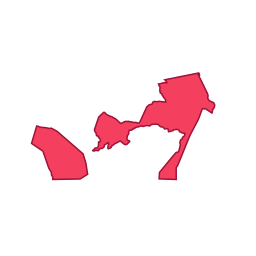 Constancia del Rosario, Oaxaca, Mexico, rotated 311°
{"feature_id": "50627088B39624413829730", "entity_name": "Constancia del Rosario", "entity_type": "district", "adm_level": 2, "iso_a3": "MEX", "parent_name": "Mexico", "parent_adm1": "Oaxaca", "projection": "robinson", "projection_center": [-98.006, 17.064], "detail": "fine", "context": "isolated", "style": "filled", "palette": "rose", "viewbox_px": 256, "rotation_deg": 311, "n_neighbors": 0, "source": "geoboundaries", "source_scale": "gbopen_adm2", "svg_char_len": 5855}
<svg xmlns="http://www.w3.org/2000/svg" viewBox="0 0 256 256"><g transform="rotate(311 128 128)"><path d="M110.0,184.9L120.8,198.2L127.7,192.1L129.8,190.4L131.8,190.2L138.8,187.9L160.7,180.4L163.1,179.6L180.6,175.5L191.3,171.5L192.6,173.1L193.4,174.0L194.3,181.5L194.8,181.5L195.2,181.1L195.7,180.9L196.3,180.6L197.0,180.0L197.5,179.8L198.3,179.9L199.3,179.8L200.4,179.5L201.1,179.0L202.0,178.6L202.6,177.8L203.1,176.6L203.2,175.8L203.0,174.9L202.8,174.2L202.5,173.6L202.2,172.5L202.0,170.9L202.2,170.2L202.6,169.0L203.2,168.3L203.8,167.9L204.6,167.5L205.0,167.1L206.1,165.5L206.1,165.4L206.1,165.2L206.3,165.0L206.5,164.7L207.1,163.1L207.2,162.9L208.4,160.0L209.8,157.0L210.0,156.4L210.1,156.1L211.1,153.8L212.7,149.9L214.0,146.8L214.3,146.0L214.6,146.2L214.4,147.9L215.9,145.8L215.6,145.3L216.2,145.5L216.1,145.4L188.5,124.1L188.4,125.4L188.3,126.8L187.7,127.3L187.3,127.6L187.0,126.9L186.1,125.6L184.4,124.4L182.6,123.3L181.2,122.1L180.0,124.5L180.0,125.3L176.8,127.6L176.6,128.8L175.6,129.2L175.8,130.3L175.9,131.1L175.4,131.9L175.1,132.6L174.9,133.5L174.7,134.2L174.4,135.0L174.4,135.5L174.5,136.3L174.1,137.1L173.7,137.7L173.7,138.2L172.7,139.1L172.3,139.5L171.6,138.5L170.7,137.1L170.1,136.3L169.4,135.2L168.5,133.9L167.2,132.9L166.4,132.2L165.8,130.9L165.2,130.3L164.0,129.8L162.9,130.0L162.0,130.5L159.2,128.7L156.3,128.3L140.8,132.9L140.6,133.0L138.7,132.9L138.4,132.7L138.2,132.3L138.0,131.9L137.9,131.6L137.9,131.2L137.7,130.8L137.5,130.4L137.3,130.1L136.8,129.7L136.5,129.4L136.2,129.0L135.9,128.5L135.6,127.9L135.2,127.4L135.0,126.8L134.8,126.6L134.6,126.1L134.2,125.7L134.1,125.3L133.8,124.9L133.1,123.6L132.7,123.4L132.2,122.9L131.9,122.4L131.6,122.1L131.3,121.7L130.8,121.5L130.4,121.2L129.9,121.2L129.5,120.7L128.9,120.6L128.2,120.4L127.8,120.3L127.3,120.0L127.0,119.9L126.8,119.7L126.8,119.3L126.7,119.0L126.7,118.6L126.7,117.8L126.7,117.0L126.6,116.7L126.6,116.2L126.8,115.6L126.8,115.0L126.8,113.9L126.7,113.7L126.7,113.1L126.8,112.6L126.7,111.8L126.4,111.3L126.3,111.0L126.3,110.6L126.1,109.8L126.0,109.1L126.0,108.6L125.8,108.2L125.6,107.8L125.4,107.5L125.1,106.7L125.0,106.1L124.9,105.7L124.8,105.2L124.5,104.7L124.5,104.2L124.3,103.5L124.2,103.0L124.2,102.5L124.2,101.6L124.2,101.2L124.4,100.7L124.4,100.4L124.4,100.1L123.7,99.3L117.1,98.7L104.6,103.8L104.3,104.3L104.0,104.8L103.7,105.3L103.4,106.1L103.4,106.8L103.1,107.4L102.5,108.0L102.0,108.6L101.6,109.4L101.8,110.0L102.1,110.3L102.3,110.9L102.1,111.5L101.8,111.6L101.6,111.8L101.5,112.4L101.5,113.0L101.6,113.6L101.2,114.2L100.9,114.7L100.7,115.2L100.3,115.6L99.9,115.7L99.5,115.6L99.1,115.7L98.7,115.5L98.4,115.2L98.2,115.0L97.8,115.1L97.7,115.4L97.6,115.6L97.0,115.9L96.5,116.2L96.1,116.6L95.7,116.9L95.2,117.3L94.5,117.6L93.8,117.7L93.4,117.7L92.8,117.6L92.4,117.4L92.1,117.1L91.8,116.8L91.2,116.3L90.9,116.5L90.2,116.4L89.5,116.3L88.9,116.2L87.8,116.2L87.8,116.7L88.1,117.1L88.6,117.6L89.1,117.9L89.7,118.3L90.3,118.9L90.9,119.6L91.1,120.3L92.0,120.5L94.2,120.5L95.0,121.3L95.4,121.5L95.8,122.0L96.5,122.1L97.3,122.3L97.7,122.3L98.5,122.2L98.8,121.8L99.2,121.5L100.0,121.4L100.4,121.7L101.1,121.8L104.0,122.7L103.6,123.5L103.4,123.8L102.8,124.0L102.4,124.2L101.8,124.4L101.4,124.7L100.9,125.1L100.2,125.5L99.8,125.9L99.4,126.3L99.3,126.5L99.6,127.0L100.0,127.1L100.6,127.4L101.2,127.6L101.4,127.9L102.0,127.9L102.6,128.0L103.3,127.7L104.0,127.5L104.5,127.5L104.7,127.8L105.0,128.0L105.5,128.0L106.1,128.1L106.5,128.2L107.4,128.3L108.3,128.7L108.6,128.9L109.2,129.1L109.8,129.4L110.7,129.7L111.6,130.0L112.7,130.5L113.0,130.8L113.3,131.2L113.3,131.6L113.2,132.0L113.2,132.7L113.2,133.2L113.2,133.9L113.2,134.7L113.3,135.8L113.6,136.5L113.7,136.9L114.3,137.4L114.6,137.8L115.2,137.9L115.8,137.9L116.2,138.0L116.5,138.0L118.7,138.2L119.1,138.0L119.2,137.7L119.2,137.4L119.1,137.0L119.0,136.8L118.8,136.3L118.7,136.1L118.5,135.9L118.4,135.5L118.6,135.1L118.8,134.8L118.9,134.6L119.3,134.2L119.9,133.8L120.3,133.5L120.8,133.2L121.3,132.9L121.9,132.6L122.7,132.5L124.1,132.4L124.6,131.9L125.0,131.5L125.3,131.3L125.5,131.0L127.2,130.6L127.4,130.7L127.7,131.0L127.9,131.4L128.3,131.7L128.7,132.0L129.0,132.1L129.4,132.2L129.9,132.5L130.6,132.5L130.8,132.8L131.7,133.0L132.0,132.9L132.7,133.1L132.8,133.4L133.1,133.6L133.6,133.6L134.2,133.7L134.5,133.9L134.8,134.4L135.2,134.7L135.6,135.1L136.2,135.3L136.5,135.6L138.4,136.7L138.5,137.1L138.8,137.9L139.0,138.3L139.3,138.5L139.7,138.9L139.9,139.0L140.6,139.4L141.0,139.5L141.6,140.0L141.9,140.3L142.3,140.8L142.7,141.1L143.0,141.8L143.3,142.5L143.8,142.9L144.6,143.3L145.3,143.3L145.9,143.3L147.8,145.0L148.4,145.6L148.8,146.0L149.1,146.6L149.7,147.1L150.1,147.8L150.4,148.5L150.5,149.3L150.4,149.7L150.3,150.7L150.2,151.3L150.4,151.9L150.6,152.4L151.0,152.8L151.4,153.2L151.6,153.9L151.6,154.5L151.5,155.1L151.4,155.6L151.3,156.3L151.7,156.8L152.7,157.4L153.2,157.9L153.4,158.6L153.2,159.4L152.7,159.9L152.2,160.5L151.8,161.0L153.0,162.1L153.6,162.5L154.6,162.9L155.1,163.3L155.4,163.7L156.1,163.6L156.7,163.7L158.4,165.3L158.8,165.6L159.3,166.3L159.7,167.0L159.6,168.2L159.2,168.9L159.0,169.4L159.2,170.1L159.5,170.4L159.6,171.6L160.0,172.2L160.5,173.4L161.1,174.0L161.1,174.5L160.8,174.9L160.3,175.1L159.7,175.4L159.2,175.6L158.2,175.7L157.6,175.4L157.0,175.3L155.7,175.7L155.2,176.0L154.7,176.0L154.1,175.6L153.0,175.6L151.9,176.3L151.1,176.6L150.5,177.3L149.9,178.1L149.2,178.8L148.1,179.4L147.1,180.0L146.3,180.2L145.3,180.9L144.4,181.2L143.8,181.4L143.1,181.7L142.0,181.1L141.4,180.5L140.6,180.3L129.6,180.5L115.1,180.9L110.0,184.9ZM66.6,127.9L73.9,119.2L79.0,111.1L79.0,96.2L79.0,76.8L77.6,70.3L75.9,68.7L75.5,67.9L75.0,67.0L74.7,66.5L73.5,64.5L72.5,63.4L71.9,62.5L71.2,61.2L70.6,60.2L70.3,58.9L69.6,57.8L53.1,65.3L54.7,79.0L45.7,94.6L44.3,99.1L42.9,100.5L42.5,101.1L42.2,101.3L42.1,101.5L42.2,101.8L40.9,104.5L40.0,104.6L39.8,105.0L58.1,125.3L66.6,127.9Z" fill="#f43f5e" stroke="#9f1239" stroke-width="1.5"/></g></svg>